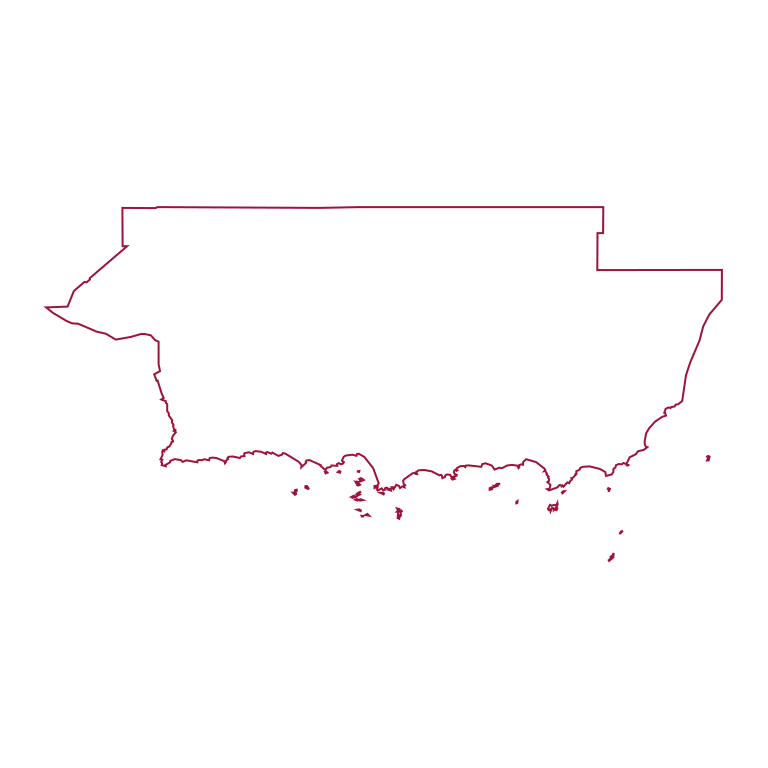 the district of Esperance, Western Australia, Australia
{"feature_id": "25037944B71614254655380", "entity_name": "Esperance", "entity_type": "district", "adm_level": 2, "iso_a3": "AUS", "parent_name": "Australia", "parent_adm1": "Western Australia", "projection": "robinson", "projection_center": [121.733, -33.519], "detail": "fine", "context": "isolated", "style": "outline", "palette": "rose", "viewbox_px": 768, "rotation_deg": 0, "n_neighbors": 0, "source": "geoboundaries", "source_scale": "gbopen_adm2", "svg_char_len": 6142}
<svg xmlns="http://www.w3.org/2000/svg" viewBox="0 0 768 768"><path d="M122.6,246.2L127.1,246.2L89.7,278.2L89.9,279.5L86.6,282.3L84.4,281.9L73.8,291.1L67.6,306.6L46.1,307.4L53.0,312.9L66.6,321.0L72.3,323.4L78.1,323.7L96.5,331.6L105.8,333.7L115.8,339.6L130.9,336.9L141.0,334.0L144.6,334.0L150.8,335.3L155.0,340.0L158.6,341.7L158.6,364.1L160.0,371.1L154.2,374.3L156.6,380.8L157.6,380.5L161.5,393.1L163.7,397.9L161.3,399.5L165.8,401.2L166.1,403.2L167.2,404.1L167.2,411.0L168.9,413.5L168.8,415.5L172.2,420.2L171.9,422.5L173.5,424.8L173.1,426.1L174.2,429.9L175.4,429.9L175.3,431.3L174.5,431.4L175.8,432.3L173.0,435.7L171.8,439.0L173.0,440.6L172.9,441.7L171.6,441.9L171.1,443.8L169.1,446.7L167.3,447.4L166.6,449.4L164.4,449.7L164.3,451.3L162.8,450.3L162.2,451.7L162.6,454.9L160.5,459.3L162.3,459.7L161.2,462.0L162.1,463.3L161.7,465.1L165.7,466.2L165.4,465.0L170.0,462.4L170.2,460.9L174.7,459.1L180.8,460.1L182.8,461.9L186.3,460.3L197.4,462.3L197.5,460.7L198.4,460.0L202.1,460.2L204.1,459.2L209.1,460.3L209.7,458.1L212.4,457.6L216.3,458.0L224.3,461.2L225.0,463.3L225.9,462.1L225.6,461.0L228.1,459.1L227.4,458.2L228.5,456.8L232.9,456.5L239.9,458.0L241.1,456.4L244.5,456.0L244.1,453.9L244.9,453.0L249.0,452.3L253.1,454.0L253.4,451.9L255.5,451.1L261.3,451.8L266.1,454.0L266.1,452.6L267.2,452.0L271.2,453.7L272.4,452.6L278.5,455.9L282.1,454.6L282.9,453.1L285.3,453.6L298.6,461.7L301.6,465.2L301.3,467.3L306.2,462.7L305.7,461.7L306.6,460.4L309.6,460.1L320.7,465.1L320.9,465.7L319.6,464.9L324.0,469.0L325.7,469.4L327.0,467.7L330.5,467.1L331.4,465.5L337.3,465.8L337.0,464.1L338.8,463.1L340.9,464.3L343.1,463.5L344.3,461.3L343.3,462.3L342.0,460.5L343.6,456.9L345.5,455.6L352.2,454.7L356.5,455.8L356.9,454.1L358.6,453.7L364.3,456.9L373.2,468.2L378.7,483.3L377.2,485.7L374.5,486.0L374.5,487.7L375.4,486.9L376.0,487.7L377.6,487.2L377.1,489.9L377.8,490.5L381.6,488.4L382.9,490.0L384.8,489.8L385.1,488.2L386.3,487.6L387.5,488.1L387.3,489.4L389.0,489.2L388.7,489.8L390.8,490.5L390.1,488.8L392.0,488.8L391.6,487.2L393.4,487.3L393.8,488.9L396.3,484.8L399.1,486.0L400.0,488.1L402.4,486.4L404.5,487.3L404.2,485.8L405.1,485.2L403.8,484.1L403.1,480.9L404.1,479.3L412.5,473.3L415.0,472.8L415.6,474.0L417.1,474.1L416.3,471.9L418.7,470.3L424.4,470.0L431.8,471.4L439.4,475.3L441.0,474.8L441.9,475.6L442.4,478.1L445.0,477.0L445.3,475.4L446.8,474.5L450.3,474.8L450.8,476.4L453.1,477.1L452.1,478.0L453.2,478.3L451.9,479.0L452.5,479.6L454.3,479.0L453.3,478.4L454.4,477.1L454.0,476.5L456.5,475.8L456.8,474.9L454.8,474.1L453.9,472.5L454.2,470.8L455.8,469.5L456.5,470.8L457.4,470.3L456.4,469.5L456.9,468.1L460.3,466.2L464.0,466.0L465.2,467.1L465.9,465.6L468.6,465.4L481.3,466.8L482.4,464.0L485.6,463.3L491.9,465.6L494.6,469.6L499.2,467.7L502.0,468.2L507.1,465.5L511.9,464.9L517.6,465.7L518.5,468.1L519.3,467.2L519.1,465.2L521.4,464.3L522.9,464.8L523.3,461.9L526.2,459.2L536.1,462.1L544.3,468.5L545.3,469.9L544.3,471.1L545.2,470.9L547.1,474.0L546.6,474.8L548.7,476.6L548.0,477.6L549.0,478.9L548.9,481.0L546.6,482.5L547.8,482.2L550.5,485.1L549.4,488.8L547.2,489.2L549.0,490.4L557.1,487.5L559.5,485.0L561.4,485.4L561.6,486.3L562.6,485.5L563.5,486.7L567.3,482.4L569.2,483.2L569.9,481.3L571.9,479.6L571.4,478.1L572.7,477.9L576.1,474.4L575.5,474.0L576.4,473.2L576.3,471.3L579.7,469.5L580.3,467.8L583.1,466.8L589.8,466.4L599.8,468.9L605.3,472.0L606.0,475.9L611.6,474.5L613.3,472.1L613.5,468.8L615.4,467.5L616.0,465.2L618.8,464.0L621.7,464.3L623.5,463.0L625.5,463.8L626.8,463.2L629.6,457.3L635.7,454.3L638.0,451.3L643.7,449.9L647.3,447.2L645.9,446.8L644.9,444.8L644.6,441.4L646.2,433.1L649.1,428.3L655.0,421.7L662.0,416.9L666.0,415.6L665.1,412.9L664.3,412.8L665.6,408.9L668.5,407.4L670.5,408.1L671.3,407.0L674.7,406.5L675.6,404.6L678.0,404.3L682.2,401.0L686.0,375.2L690.4,361.9L699.5,340.6L703.2,326.4L709.3,314.5L721.8,299.8L721.9,269.9L597.3,270.1L597.5,233.1L603.1,233.1L603.3,207.1L359.8,207.1L320.0,207.9L157.5,207.1L155.5,208.1L122.4,207.9L122.6,246.2ZM555.8,509.9L556.5,510.2L557.4,508.2L556.2,507.4L557.6,504.7L557.4,502.9L556.5,504.8L555.2,505.3L553.9,504.9L551.8,505.8L550.1,504.8L548.0,508.7L548.6,510.0L550.1,509.4L550.5,511.4L552.1,508.0L553.9,508.4L553.8,510.1L555.9,508.2L555.8,509.9ZM398.3,511.8L397.6,518.1L399.2,518.8L399.9,515.5L400.6,515.9L401.0,515.1L400.4,512.1L401.8,511.4L401.3,510.5L399.7,510.6L399.5,509.1L397.0,508.4L398.1,510.5L396.9,511.7L398.3,511.8ZM610.9,558.3L608.7,560.2L609.1,560.9L613.3,557.4L613.7,553.0L612.4,555.5L610.5,556.8L610.9,558.3ZM496.8,483.8L494.8,486.0L493.5,485.8L493.7,486.4L492.1,487.9L497.8,485.8L498.4,484.3L500.1,483.8L496.8,483.8ZM292.9,492.7L295.0,494.8L296.1,493.9L295.5,492.0L296.8,490.8L296.7,489.7L294.8,490.3L295.0,492.8L292.9,492.7ZM360.8,491.6L358.3,492.7L356.4,494.3L357.7,495.5L359.7,494.6L358.8,494.2L360.8,491.6ZM359.9,481.2L360.6,481.4L363.8,480.0L360.9,478.1L359.3,478.9L360.3,479.7L359.9,481.2ZM709.6,456.7L708.3,455.9L707.1,456.5L708.1,458.4L707.0,460.5L708.6,460.4L709.6,456.7ZM305.3,487.6L308.1,489.0L308.6,488.4L306.9,486.0L305.5,486.1L305.3,487.6ZM351.7,496.8L352.3,496.9L351.9,498.5L352.9,496.9L353.9,497.6L356.0,496.8L354.0,495.7L351.7,496.8ZM380.3,492.8L383.6,494.4L384.0,493.7L383.3,492.5L380.3,492.8ZM369.1,515.7L367.3,513.9L365.4,515.0L369.1,515.7ZM358.7,499.9L356.7,499.0L355.3,499.7L357.6,500.6L358.7,499.9ZM489.7,489.8L491.9,489.3L491.1,487.5L489.6,488.2L489.7,489.8ZM324.8,471.5L325.6,473.4L327.5,472.7L325.8,471.1L324.8,471.5ZM357.2,485.0L358.2,485.6L360.1,484.7L358.5,483.4L357.2,485.0ZM337.8,472.1L340.1,472.7L340.4,471.7L339.2,470.9L337.8,472.1ZM561.9,492.5L562.4,493.3L564.7,491.1L563.4,491.1L561.9,492.5ZM360.6,511.1L360.8,510.3L359.0,509.4L357.2,509.7L360.6,511.1ZM608.9,489.1L608.6,491.8L610.0,488.9L608.3,488.1L607.9,488.9L608.9,489.1ZM359.0,499.8L360.0,500.6L363.0,500.1L360.6,499.2L359.0,499.8ZM357.0,471.4L359.0,472.0L359.3,471.0L357.0,471.4ZM516.3,503.3L517.3,503.0L517.5,501.0L516.4,501.8L516.3,503.3ZM619.4,534.0L620.5,533.2L622.8,530.8L621.2,531.4L619.4,534.0ZM356.6,482.3L355.5,481.9L356.3,483.3L358.4,482.1L356.9,481.6L356.6,482.3ZM361.7,516.5L364.2,516.3L361.5,515.8L361.7,516.5ZM625.9,465.2L627.9,465.5L629.3,464.8L625.9,465.2Z" fill="none" stroke="#9f1239" stroke-width="2"/></svg>